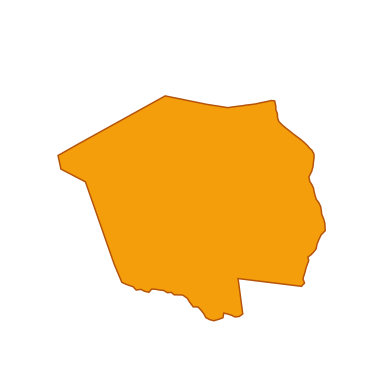 the district of Nossa Senhora dos Remédios, Piauí, Brazil, rotated 290°
{"feature_id": "56859067B87957430353359", "entity_name": "Nossa Senhora dos Remédios", "entity_type": "district", "adm_level": 2, "iso_a3": "BRA", "parent_name": "Brazil", "parent_adm1": "Piauí", "projection": "mercator", "projection_center": [-42.607, -4.016], "detail": "fine", "context": "isolated", "style": "filled", "palette": "amber", "viewbox_px": 384, "rotation_deg": 290, "n_neighbors": 0, "source": "geoboundaries", "source_scale": "gbopen_adm2", "svg_char_len": 1403}
<svg xmlns="http://www.w3.org/2000/svg" viewBox="0 0 384 384"><g transform="rotate(290 192 192)"><path d="M296.5,221.6L293.6,216.1L292.0,212.8L290.3,209.9L288.7,206.6L286.1,201.6L283.5,196.8L279.3,175.3L278.4,169.1L273.1,133.9L198.4,68.9L180.5,53.6L168.7,61.0L165.1,88.4L151.9,99.2L100.0,141.6L97.3,143.8L83.1,157.0L82.8,160.5L82.7,164.3L82.9,168.9L80.8,173.1L83.0,177.2L82.5,181.4L83.0,185.8L87.0,187.3L88.2,191.3L88.8,195.1L89.8,198.9L89.0,203.4L90.6,206.9L89.3,210.4L90.6,214.2L92.0,218.4L90.6,223.8L87.7,227.5L84.5,232.4L86.0,237.0L84.2,240.6L81.8,244.5L78.7,248.0L78.1,252.2L78.5,256.6L82.0,261.3L84.4,264.1L89.1,263.3L89.5,267.1L89.7,270.8L89.3,275.2L91.2,279.0L94.8,281.4L126.4,264.9L140.8,327.1L144.8,328.9L148.5,325.9L155.2,325.6L160.2,325.1L163.6,325.1L167.6,325.1L170.4,323.1L173.9,325.4L177.9,327.1L181.3,328.1L185.6,327.3L191.1,327.5L195.9,328.0L201.2,330.4L207.9,327.6L212.1,324.6L215.3,321.6L218.7,319.9L222.4,317.8L225.3,314.8L227.6,311.3L231.3,308.5L234.3,306.5L237.3,304.7L239.8,302.2L242.1,299.2L246.0,296.7L252.4,297.4L257.4,297.0L261.7,295.9L265.8,295.0L269.2,293.7L272.1,290.6L273.4,287.5L275.3,284.2L277.0,280.3L278.6,275.9L279.8,271.9L281.0,267.9L282.1,264.7L283.3,261.1L284.4,257.7L285.9,253.7L287.9,249.5L291.0,247.0L294.9,245.4L297.7,242.8L301.3,241.4L305.9,238.5L305.1,235.2L302.9,231.9L299.5,226.3L296.5,221.6Z" fill="#f59e0b" stroke="#b45309" stroke-width="1.5"/></g></svg>